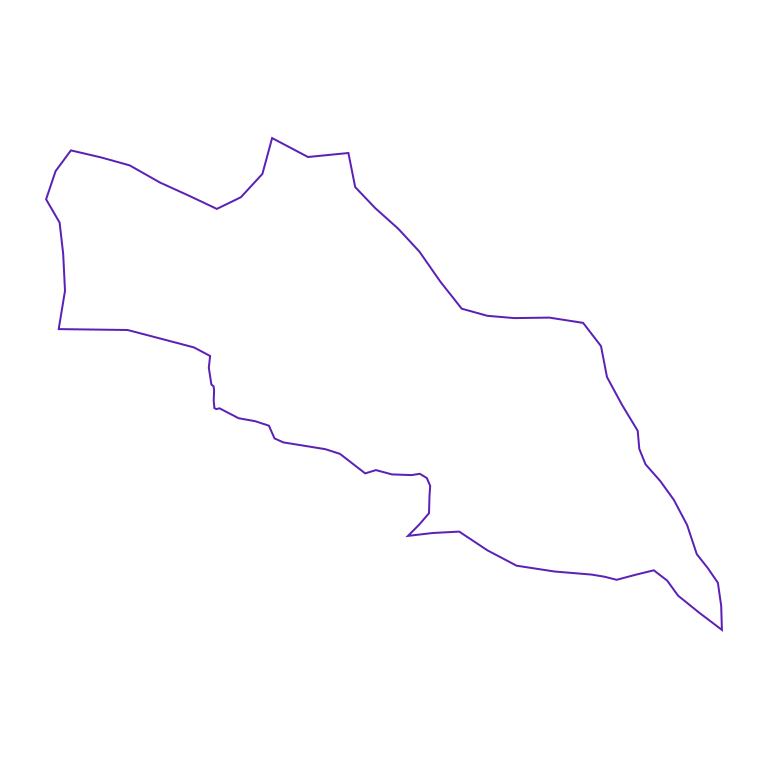 outline of Hajigabul
{"feature_id": "AZE-1694", "entity_name": "Hajigabul", "entity_type": "District", "adm_level": 1, "iso_a3": "AZE", "parent_name": "Azerbaijan", "parent_adm1": "", "projection": "natural_earth1", "projection_center": [48.915, 40.078], "detail": "fine", "context": "isolated", "style": "outline", "palette": "violet", "viewbox_px": 768, "rotation_deg": 0, "n_neighbors": 0, "source": "natural_earth", "source_scale": "10m", "svg_char_len": 1128}
<svg xmlns="http://www.w3.org/2000/svg" viewBox="0 0 768 768"><path d="M348.4,153.0L355.2,187.1L375.2,208.1L398.2,228.7L419.4,251.6L440.3,281.6L461.7,308.7L487.3,315.8L514.3,318.1L549.3,317.6L583.1,322.9L601.0,346.1L607.0,377.1L621.8,404.5L637.7,430.8L639.3,448.9L645.5,464.3L660.3,481.1L673.8,499.8L687.1,525.0L696.8,554.2L707.8,568.1L717.9,582.8L721.2,606.0L721.9,629.9L699.7,613.1L678.0,595.6L667.2,580.6L653.8,570.3L635.8,574.7L616.7,579.8L604.4,576.7L591.7,574.6L554.5,571.5L516.6,565.7L487.5,550.4L459.2,531.6L432.7,533.0L408.0,535.9L419.3,524.5L429.0,513.2L429.5,495.9L430.2,485.9L426.8,478.0L419.8,473.8L411.5,475.1L392.0,474.4L375.9,470.1L365.2,473.4L340.0,453.9L325.4,449.2L283.3,442.4L274.5,438.4L268.9,425.7L255.2,421.2L238.5,418.2L219.5,408.3L216.3,409.1L214.4,408.1L213.7,400.6L214.1,390.8L213.6,386.4L211.4,384.5L208.8,367.8L210.1,356.0L193.9,347.4L127.6,330.0L58.7,329.1L65.0,290.8L63.2,254.1L59.6,222.6L46.1,199.3L55.6,171.1L70.9,150.4L100.6,157.3L129.7,165.4L159.9,182.5L191.5,196.9L216.8,208.9L240.9,197.2L262.4,173.9L272.1,138.1L308.0,157.0L348.4,153.0Z" fill="none" stroke="#5b21b6" stroke-width="2"/></svg>